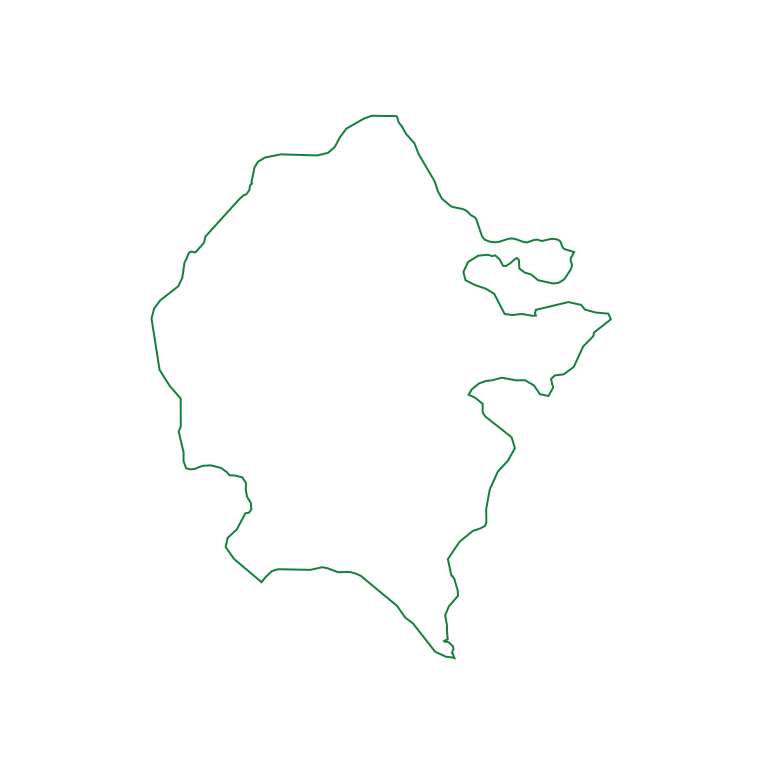 SVG path tracing the border of East Azarbaijan, rotated 47°
{"feature_id": "IRN-3238", "entity_name": "East Azarbaijan", "entity_type": "Province", "adm_level": 1, "iso_a3": "IRN", "parent_name": "Iran", "parent_adm1": "", "projection": "albers", "projection_center": [46.749, 37.961], "detail": "fine", "context": "isolated", "style": "outline", "palette": "green", "viewbox_px": 768, "rotation_deg": 47, "n_neighbors": 0, "source": "natural_earth", "source_scale": "10m", "svg_char_len": 3033}
<svg xmlns="http://www.w3.org/2000/svg" viewBox="0 0 768 768"><g transform="rotate(47 384 384)"><path d="M324.9,203.9L326.9,204.4L342.0,211.2L344.6,211.9L347.3,211.8L350.4,210.5L352.8,209.0L355.0,207.2L357.0,205.0L358.7,202.3L362.8,193.8L364.7,191.3L367.4,189.1L375.8,184.8L378.2,182.5L380.6,176.8L382.4,174.0L383.5,173.1L385.9,171.8L387.1,170.9L387.9,169.7L391.6,163.2L393.6,160.9L395.8,159.1L398.2,158.0L400.5,157.9L404.5,159.7L406.7,160.3L408.5,159.9L417.1,155.0L418.3,158.7L418.8,159.0L418.9,161.0L421.0,163.3L425.4,165.4L427.6,169.2L430.3,180.6L429.8,184.3L428.8,187.7L425.8,191.8L413.2,200.5L404.2,201.7L398.4,205.1L392.0,206.3L385.3,200.8L382.3,201.0L381.9,203.9L381.8,209.3L380.8,214.5L378.8,216.3L371.1,214.4L365.7,215.0L364.2,217.7L360.3,219.9L354.4,227.6L352.1,239.3L356.2,249.5L363.7,253.6L373.6,250.0L383.6,244.6L393.2,241.9L415.0,248.0L421.1,243.1L426.6,235.6L435.7,228.6L437.5,226.2L435.3,225.4L433.3,222.4L449.8,193.3L460.7,185.8L466.6,186.3L476.3,180.3L485.6,171.9L491.4,174.0L489.6,195.2L491.8,198.5L492.3,212.5L500.9,233.5L499.5,246.0L494.2,253.3L494.3,258.5L502.0,262.8L504.9,271.9L497.8,276.9L487.3,275.3L477.4,278.3L471.3,285.0L459.7,293.6L455.1,302.3L451.4,307.2L448.4,314.0L447.8,323.6L449.6,329.4L456.6,326.6L465.9,325.4L470.6,329.9L472.7,331.4L476.9,332.1L509.9,327.0L520.2,332.0L524.6,345.6L525.7,360.5L533.4,378.8L545.2,394.6L555.1,403.6L556.7,406.9L555.3,412.1L552.0,419.3L550.9,436.3L555.6,456.7L570.2,465.4L571.1,464.9L574.5,465.5L585.4,471.0L589.4,474.4L590.8,487.9L594.8,497.0L604.0,502.9L607.2,506.1L614.1,511.5L613.7,512.5L613.0,515.3L614.1,515.3L615.4,513.6L617.6,512.8L622.7,512.5L624.9,513.6L627.0,517.8L628.4,517.6L630.5,518.7L632.5,519.4L630.8,520.4L625.7,524.7L614.7,529.2L579.0,526.1L569.4,527.8L555.3,525.8L508.5,531.8L503.3,534.0L498.2,537.2L490.1,546.1L480.3,550.9L475.9,554.1L469.7,564.6L447.2,587.8L444.4,593.6L444.5,602.7L445.4,608.7L409.8,613.0L395.2,611.0L389.9,603.2L390.0,590.8L384.0,573.5L386.0,570.7L385.3,566.7L380.6,562.7L373.0,561.0L367.1,557.3L362.4,552.5L355.5,551.3L349.2,555.5L345.1,559.4L341.5,559.0L334.1,560.5L325.2,566.3L320.2,572.4L318.0,577.6L317.5,579.3L315.1,583.2L310.7,586.2L303.7,583.2L297.3,577.2L278.8,566.6L276.4,561.5L255.9,542.6L239.9,542.1L220.6,538.5L177.6,509.4L172.1,500.8L170.2,490.7L172.2,467.6L168.7,459.0L159.0,446.9L158.0,443.5L156.1,439.7L155.0,436.8L155.7,434.7L157.1,433.5L158.5,432.8L159.1,431.8L158.1,420.5L158.0,419.8L157.3,418.3L154.4,414.2L150.1,363.8L150.3,357.5L150.7,356.6L151.3,355.7L151.1,353.7L150.3,350.3L149.4,348.8L148.2,347.7L147.4,346.4L147.4,343.8L146.4,343.8L137.3,331.0L135.5,324.7L137.2,316.6L145.7,302.8L171.2,277.1L176.8,267.3L177.0,258.1L173.5,248.1L171.6,237.4L176.2,217.7L179.5,210.0L195.8,193.0L196.7,192.1L199.0,192.8L201.9,194.6L202.6,194.7L203.7,195.0L207.7,195.2L216.0,197.3L228.9,197.6L236.3,200.6L239.6,201.9L270.2,208.7L279.8,213.1L288.2,215.3L289.6,215.1L299.3,213.9L301.9,212.7L309.5,207.2L312.3,205.9L314.2,205.5L319.9,205.3L323.4,204.1L324.9,203.9Z" fill="none" stroke="#15803d" stroke-width="2"/></g></svg>